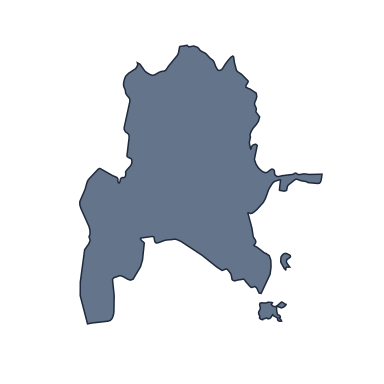 the Administrative State of Benshangul-Gumaz, rotated 348°
{"feature_id": "ETH-3132", "entity_name": "Benshangul-Gumaz", "entity_type": "Administrative State", "adm_level": 1, "iso_a3": "ETH", "parent_name": "Ethiopia", "parent_adm1": "", "projection": "orthographic", "projection_center": [35.827, 10.412], "detail": "fine", "context": "isolated", "style": "filled", "palette": "slate", "viewbox_px": 384, "rotation_deg": 348, "n_neighbors": 0, "source": "natural_earth", "source_scale": "10m", "svg_char_len": 4991}
<svg xmlns="http://www.w3.org/2000/svg" viewBox="0 0 384 384"><g transform="rotate(348 192 192)"><path d="M128.3,163.8L129.3,163.6L130.4,162.2L131.0,160.6L131.0,159.5L131.3,158.4L132.9,156.9L137.7,153.3L139.2,151.2L139.8,148.1L139.4,146.8L136.8,144.9L135.9,143.7L136.0,142.7L141.8,125.7L142.2,122.9L141.1,121.1L139.5,119.4L138.7,116.9L139.0,115.0L150.0,90.6L150.4,88.8L150.2,87.2L148.3,83.5L147.7,81.7L147.9,78.1L147.2,74.7L147.3,72.9L147.9,70.8L148.9,68.6L150.1,66.5L151.4,64.8L154.8,62.6L156.7,61.9L162.6,59.6L165.2,56.7L165.4,55.8L165.4,54.2L167.7,56.2L171.1,64.1L173.5,66.7L175.7,68.6L177.7,69.7L179.6,69.7L184.5,68.1L187.0,67.7L189.4,67.9L191.2,67.7L193.0,66.2L195.2,64.0L206.2,55.2L207.6,53.3L210.0,47.5L210.6,47.1L214.2,47.4L216.8,47.4L217.7,47.5L218.0,48.0L218.8,49.2L221.0,49.5L223.5,49.5L224.9,49.9L225.3,50.3L227.4,51.6L228.2,52.6L229.3,55.0L230.4,56.2L234.1,59.3L234.5,59.8L237.5,64.9L239.7,67.4L240.6,69.5L241.2,74.0L242.5,78.0L244.3,78.9L246.0,78.6L247.6,77.6L251.3,73.7L254.8,70.7L258.2,68.2L260.2,67.5L260.8,68.5L260.4,74.4L260.8,82.3L261.8,84.0L264.8,87.0L269.8,94.8L270.0,95.5L269.0,97.0L267.2,98.7L266.5,100.6L268.6,102.4L270.1,103.3L275.4,108.7L275.2,112.2L273.8,114.9L272.2,117.0L271.4,119.0L271.6,120.6L272.1,122.5L272.2,124.3L271.5,125.9L271.2,127.0L273.8,132.6L271.7,136.5L269.2,139.1L264.7,142.6L263.3,144.1L261.9,145.9L260.8,147.8L260.5,149.2L260.6,150.4L258.4,155.4L258.2,158.1L258.2,160.6L258.4,162.2L258.6,162.1L259.4,160.3L260.7,159.1L262.3,158.5L264.3,158.5L265.5,160.0L259.8,173.1L260.4,178.0L261.8,181.8L263.5,184.7L265.5,186.9L267.6,188.3L269.7,188.4L274.0,186.3L275.0,186.2L275.9,186.6L276.9,187.9L276.9,189.4L276.6,191.0L276.8,192.5L278.0,194.2L279.7,194.9L283.7,194.8L293.8,195.7L294.6,195.7L296.7,195.0L297.5,195.1L298.0,195.5L298.5,196.1L299.0,196.6L299.8,197.1L300.8,197.3L304.9,197.5L306.6,197.9L310.2,199.2L322.9,201.6L321.8,204.7L321.1,206.5L320.3,208.1L319.4,209.3L318.3,209.9L316.7,209.8L307.6,207.0L305.7,205.5L300.9,203.6L297.1,201.2L295.6,201.2L287.8,205.1L286.7,206.0L284.8,210.1L282.9,210.4L281.4,210.0L279.9,209.3L278.3,208.8L277.9,208.3L278.2,207.3L281.1,198.6L280.6,198.2L275.2,198.8L273.4,199.6L271.8,200.9L268.5,204.3L267.2,206.0L262.5,213.6L259.7,216.9L251.9,222.6L248.4,224.5L246.6,225.2L244.9,225.3L243.4,224.2L242.3,224.2L243.1,239.9L242.6,248.3L243.1,250.1L244.0,252.3L244.1,254.0L243.3,255.5L241.6,256.8L241.5,257.3L244.3,259.7L250.2,266.7L251.7,267.6L254.3,270.3L254.9,275.1L253.8,281.5L251.3,288.7L238.5,305.6L236.6,304.8L235.3,299.2L233.9,297.5L231.1,297.8L230.1,297.7L229.2,296.6L226.0,291.0L225.3,289.3L224.7,288.1L223.8,287.8L222.1,287.9L218.6,287.6L216.1,287.8L215.0,287.7L213.9,287.1L213.0,286.0L213.1,281.1L212.9,279.9L211.1,276.1L209.9,274.5L208.7,274.5L205.1,275.0L200.7,270.6L188.7,256.0L171.1,238.2L167.8,235.7L165.9,234.7L164.2,234.4L162.5,234.4L158.4,233.8L155.5,233.6L148.7,234.6L146.4,234.5L145.4,233.1L145.3,230.9L145.5,228.7L145.0,227.7L143.5,227.2L132.3,226.4L131.8,227.2L132.7,229.3L133.9,230.6L134.7,232.0L129.5,248.1L126.1,254.4L116.2,265.1L113.4,265.4L111.2,264.1L107.2,260.6L105.1,259.2L103.5,258.8L100.2,259.4L98.3,259.4L96.1,260.7L94.3,277.2L90.8,292.6L90.1,294.7L89.3,296.3L88.4,297.9L87.1,299.5L85.4,300.6L83.0,300.9L66.5,299.3L62.4,299.3L61.4,277.0L61.1,270.2L64.0,256.9L75.0,226.1L80.2,221.3L82.2,218.4L82.3,217.4L82.0,215.2L82.0,214.2L82.3,213.7L83.1,212.8L83.4,212.3L84.2,208.5L84.1,204.5L79.9,184.9L79.6,181.2L80.3,178.0L87.9,167.3L91.3,160.8L92.7,158.9L94.2,157.6L104.8,150.3L106.3,149.7L107.3,150.2L117.9,159.6L120.5,161.3L121.6,162.3L122.2,163.6L121.8,166.3L121.9,167.6L122.8,168.0L123.5,167.3L124.7,164.5L125.8,163.6L127.3,163.4L128.3,163.8ZM236.8,314.8L240.5,315.8L242.0,316.0L243.0,315.6L244.2,315.8L245.4,316.2L246.8,316.5L247.1,316.7L247.3,316.9L247.6,317.0L246.8,318.0L246.3,318.4L246.3,318.8L247.0,319.9L248.0,320.9L249.1,321.3L250.3,321.4L251.3,321.0L250.7,322.6L250.2,325.3L250.1,328.0L250.3,330.0L251.6,330.5L252.4,331.7L252.4,332.9L251.2,333.4L252.2,335.0L252.6,335.9L252.8,336.9L251.2,336.7L250.4,336.4L249.8,336.0L249.2,335.1L249.2,334.4L249.4,333.7L249.2,333.0L248.3,331.9L246.1,330.1L245.3,328.8L243.1,331.1L241.9,331.9L240.0,331.9L239.7,331.7L239.1,330.9L238.7,330.7L238.3,330.7L237.4,330.9L237.0,331.0L235.3,331.0L234.8,331.1L234.6,331.6L233.6,331.2L232.8,330.7L232.2,330.0L231.8,329.1L232.1,328.8L232.2,328.6L232.3,328.4L232.4,327.3L231.9,325.1L232.0,324.0L232.5,322.9L234.0,321.2L234.6,320.3L234.7,318.9L234.7,317.3L234.8,315.8L235.5,314.9L236.8,314.8ZM270.0,271.4L271.5,271.7L274.4,273.9L274.9,274.6L274.9,275.7L274.2,276.4L270.7,277.9L269.8,279.7L270.1,281.6L272.0,285.8L269.1,285.2L268.0,285.7L267.6,287.6L267.4,287.7L266.3,286.0L264.2,278.9L265.1,275.5L265.6,274.1L266.7,272.9L268.4,271.7L270.0,271.4ZM256.7,318.2L257.7,318.8L259.4,320.8L260.7,321.5L260.1,322.3L259.2,322.9L258.2,323.4L257.2,323.7L255.6,324.0L254.8,323.7L254.1,323.1L252.8,322.4L252.2,321.8L252.1,321.3L252.3,320.8L252.8,320.3L256.7,318.2Z" fill="#64748b" stroke="#1e293b" stroke-width="1.5"/></g></svg>